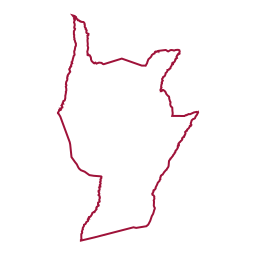 outline of Campo Novo do Parecis, Mato Grosso, Brazil
{"feature_id": "56859067B93931383273622", "entity_name": "Campo Novo do Parecis", "entity_type": "district", "adm_level": 2, "iso_a3": "BRA", "parent_name": "Brazil", "parent_adm1": "Mato Grosso", "projection": "natural_earth1", "projection_center": [-57.909, -13.656], "detail": "fine", "context": "isolated", "style": "outline", "palette": "rose", "viewbox_px": 256, "rotation_deg": 0, "n_neighbors": 0, "source": "geoboundaries", "source_scale": "gbopen_adm2", "svg_char_len": 5637}
<svg xmlns="http://www.w3.org/2000/svg" viewBox="0 0 256 256"><path d="M72.6,15.4L74.2,17.5L74.4,18.2L74.0,18.8L74.2,19.2L74.8,19.5L74.9,20.0L74.5,20.3L74.0,22.5L74.5,23.4L74.7,24.4L74.7,25.5L74.2,27.2L74.3,28.0L74.8,28.3L75.1,28.8L74.7,29.9L73.9,31.1L73.9,33.5L73.9,34.4L74.2,34.8L74.1,37.2L74.5,38.4L74.3,39.5L74.8,40.3L75.4,42.7L75.9,43.3L75.9,45.8L75.3,46.7L74.7,50.2L74.2,51.2L74.3,53.2L74.6,54.4L74.4,55.2L73.8,55.7L72.8,59.2L72.6,60.3L72.1,61.8L71.6,62.2L72.2,63.4L71.4,64.1L71.0,65.5L71.3,66.0L71.1,66.6L70.3,66.9L69.7,68.9L69.2,69.2L69.3,69.7L69.9,70.7L69.9,71.3L70.2,71.8L69.5,72.6L69.0,73.7L68.4,74.1L68.0,74.8L67.6,75.6L67.8,76.0L67.2,77.1L67.3,77.6L67.1,78.2L67.4,78.7L67.2,80.1L66.2,82.0L65.9,84.3L66.4,85.0L66.4,85.6L65.8,86.5L66.3,88.7L66.3,90.7L65.8,91.9L66.0,92.3L65.5,95.1L65.3,95.6L65.3,98.2L65.0,99.1L65.0,99.7L64.4,100.7L63.5,100.9L63.1,102.1L62.8,102.4L63.2,103.7L62.6,103.7L62.2,104.1L61.9,105.0L61.5,105.5L62.2,106.2L62.4,107.4L61.5,107.7L61.3,108.7L60.8,109.0L60.4,108.9L60.8,109.8L60.4,110.1L59.2,109.9L58.8,111.5L58.0,112.5L57.9,113.0L58.0,113.4L58.5,113.6L60.3,116.6L69.7,142.1L70.2,144.5L71.5,157.1L74.9,161.9L76.8,164.3L78.2,167.2L79.0,168.5L80.9,170.2L84.7,171.7L89.4,175.1L93.8,175.8L100.3,176.3L101.1,176.4L101.4,176.7L101.1,177.3L101.4,177.7L101.2,178.6L100.5,179.2L100.4,179.9L100.8,180.9L100.0,182.1L100.7,183.3L100.6,183.8L99.8,184.8L99.8,185.5L100.3,185.8L100.4,186.6L99.5,186.9L99.2,187.2L99.6,187.6L99.4,188.3L99.7,189.1L99.3,190.2L99.3,190.7L98.6,190.8L98.5,191.7L99.3,193.4L99.3,194.0L98.5,195.0L99.7,196.3L99.6,197.3L99.9,197.8L99.2,200.0L99.7,201.2L99.6,201.7L98.1,202.6L98.0,204.4L98.7,205.1L98.7,205.6L96.8,206.8L96.8,207.3L96.2,208.1L96.6,209.1L94.9,211.2L94.7,211.9L94.3,212.2L93.7,212.0L93.0,212.6L92.4,212.9L91.8,214.6L90.7,216.3L90.0,216.9L89.0,217.0L88.6,217.8L89.0,218.7L88.2,218.8L87.8,219.3L88.2,220.2L87.9,221.1L86.4,222.0L85.6,223.8L85.1,224.2L84.0,224.8L83.9,226.1L82.8,227.9L82.7,228.5L82.9,229.2L82.5,229.7L81.9,231.7L82.2,232.3L82.1,232.9L81.9,233.4L81.3,234.1L81.3,238.1L81.5,238.6L81.3,239.4L80.9,239.9L80.9,240.6L94.4,237.4L133.5,227.3L136.2,227.9L146.5,226.2L147.1,225.5L148.2,224.7L150.2,220.9L151.8,216.1L153.1,213.9L153.7,212.0L154.1,210.3L154.4,209.7L154.8,208.5L154.8,207.9L154.5,207.5L153.8,205.8L154.0,201.7L153.7,200.3L154.1,199.7L154.4,198.3L154.2,197.6L154.3,196.5L153.5,195.3L152.5,194.8L152.3,194.2L152.3,193.5L153.0,192.9L153.2,192.4L153.3,191.3L153.5,190.5L153.9,190.5L154.0,190.0L154.9,189.5L155.5,188.7L155.7,188.2L155.6,187.5L157.0,184.8L157.8,182.7L159.5,180.9L159.8,179.8L160.4,179.2L160.2,178.0L160.4,177.2L160.8,176.7L160.8,176.0L161.0,175.6L162.0,174.8L162.6,174.6L164.4,171.8L164.8,171.5L165.7,170.3L166.7,169.6L166.9,168.9L168.2,167.1L168.6,165.9L169.0,161.0L169.8,159.7L170.3,159.3L170.4,158.6L170.8,158.4L173.0,155.7L173.1,155.1L173.4,154.9L174.7,153.2L174.7,152.6L175.4,152.0L175.5,151.6L175.4,151.1L175.7,150.6L176.6,149.7L177.5,148.4L177.6,147.8L177.9,147.5L177.7,146.7L177.8,145.8L178.1,145.3L178.8,145.5L179.0,145.0L178.8,144.3L178.4,143.9L178.7,143.3L179.2,142.8L179.6,142.2L180.1,142.0L180.8,141.0L181.7,140.3L182.3,139.3L182.1,138.5L182.4,137.9L182.8,137.7L183.6,136.7L184.1,136.8L184.3,136.2L184.3,135.8L184.8,135.2L184.8,134.7L185.4,133.8L185.5,133.0L185.1,132.1L186.1,131.0L186.7,130.9L187.1,130.6L187.0,129.9L187.5,129.2L188.4,128.6L189.4,127.3L189.8,125.9L190.7,126.0L190.9,125.4L191.4,124.9L190.7,123.7L191.7,120.3L193.2,119.0L193.8,118.9L194.9,118.3L195.7,116.3L196.2,115.8L196.5,115.2L196.9,114.9L197.6,113.3L198.1,112.6L198.0,112.1L197.6,112.4L197.0,112.3L196.7,111.9L194.0,112.4L190.1,114.2L188.4,114.1L187.5,114.8L187.0,114.8L186.2,115.3L185.6,115.2L184.5,116.0L172.2,115.9L172.6,114.5L172.7,112.9L172.4,110.8L172.3,108.0L172.2,107.5L170.9,106.4L170.4,105.1L170.2,104.0L170.5,102.8L170.5,102.0L170.1,101.6L169.2,98.6L169.2,97.5L169.0,96.7L168.7,96.3L167.9,95.8L166.4,94.1L165.4,91.8L165.0,91.5L164.7,91.0L163.2,90.0L162.7,90.0L161.9,90.9L161.4,91.2L161.0,91.2L161.2,90.6L160.4,90.0L160.7,89.1L161.1,88.6L161.2,88.1L161.5,87.5L161.1,87.0L161.5,84.1L162.0,83.6L162.0,82.9L161.7,82.3L162.8,80.6L162.5,80.2L162.2,80.0L162.1,78.9L163.0,77.7L163.0,77.2L163.9,76.5L164.4,76.4L164.7,76.0L165.4,74.6L165.6,73.1L166.7,72.2L167.6,70.5L167.5,70.0L168.7,69.8L169.0,69.2L170.0,68.7L170.5,68.1L170.4,67.6L170.6,67.2L171.7,65.5L171.9,64.7L172.6,63.5L173.1,63.8L173.2,63.2L172.6,62.9L173.1,62.5L173.7,62.5L174.8,61.4L175.3,59.5L175.7,59.4L175.7,58.8L176.1,58.4L177.0,58.0L176.5,56.7L176.9,56.1L177.1,55.4L178.0,54.7L177.9,54.3L178.2,53.9L179.4,53.9L179.6,53.3L179.3,52.5L179.7,51.6L179.5,50.8L179.3,50.2L178.0,49.8L175.6,50.0L174.0,50.6L173.0,50.2L171.1,50.0L170.1,50.3L168.3,51.4L167.8,51.3L166.2,50.2L165.6,50.0L158.9,50.8L158.7,51.4L158.4,51.0L157.3,51.1L156.9,51.8L155.9,51.9L155.5,51.6L155.1,51.8L154.7,52.6L154.6,53.4L153.2,54.0L151.8,55.1L151.3,56.4L150.6,57.3L148.4,59.3L147.4,61.9L147.1,63.1L145.6,65.7L145.1,65.6L141.8,65.6L121.8,58.6L103.7,64.2L102.7,63.9L101.6,62.9L99.0,62.6L96.4,63.6L95.5,62.6L94.9,62.8L94.4,63.3L93.9,63.2L91.7,61.1L91.0,59.4L91.0,58.0L90.7,57.6L90.7,57.0L89.7,55.3L89.1,55.3L88.6,54.7L88.0,55.2L87.5,54.9L87.6,53.9L87.3,51.5L87.9,49.4L87.9,48.7L88.2,47.9L87.6,45.7L87.8,44.0L87.5,41.0L87.5,39.6L87.9,38.5L87.5,37.9L87.6,36.8L87.4,35.7L88.4,35.1L88.5,33.9L86.9,33.2L86.5,32.8L86.3,32.3L86.4,31.5L86.7,30.3L85.7,29.4L85.9,28.3L85.6,28.0L85.1,27.7L84.9,27.2L84.7,26.3L84.9,25.0L84.5,24.3L84.6,23.5L84.0,22.5L83.3,22.0L81.6,21.9L80.9,21.5L80.4,21.6L79.9,21.0L79.5,21.0L79.0,20.4L77.8,20.2L77.6,19.4L76.2,18.5L76.2,17.4L76.0,17.0L75.5,16.8L74.7,16.0L72.6,15.4Z" fill="none" stroke="#9f1239" stroke-width="2"/></svg>